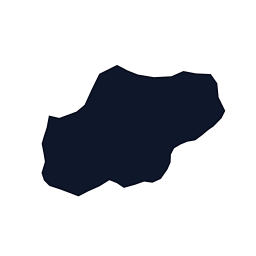 Orga, Cyprus, rotated 140°
{"feature_id": "46923920B94328330432967", "entity_name": "Orga", "entity_type": "district", "adm_level": 2, "iso_a3": "CYP", "parent_name": "Cyprus", "parent_adm1": "", "projection": "albers", "projection_center": [33.031, 35.359], "detail": "fine", "context": "isolated", "style": "filled", "palette": "ink", "viewbox_px": 256, "rotation_deg": 140, "n_neighbors": 0, "source": "geoboundaries", "source_scale": "gbopen_adm2", "svg_char_len": 734}
<svg xmlns="http://www.w3.org/2000/svg" viewBox="0 0 256 256"><g transform="rotate(140 128 128)"><path d="M180.7,187.3L189.5,180.1L198.6,174.4L203.7,170.9L206.5,165.8L209.4,160.7L212.8,155.0L222.5,148.7L225.3,141.8L224.7,134.4L219.0,125.3L214.5,117.3L209.4,108.1L199.1,105.8L187.2,102.4L175.3,100.7L171.3,93.3L169.0,85.3L158.8,80.7L149.7,77.3L144.0,71.0L135.5,68.7L124.7,71.6L117.8,75.0L112.7,80.7L105.9,83.6L98.5,82.4L91.1,80.1L84.3,76.1L76.3,75.6L67.8,75.6L61.6,75.0L50.2,76.1L43.1,79.2L39.6,93.5L31.6,105.1L30.7,115.8L41.4,125.6L49.4,135.4L61.8,139.0L76.0,149.7L86.7,162.2L92.0,172.0L96.4,182.7L115.1,187.2L131.1,180.1L146.2,172.9L156.9,172.9L174.6,179.2L180.7,187.3Z" fill="#0f172a" stroke="#020617" stroke-width="1.5"/></g></svg>